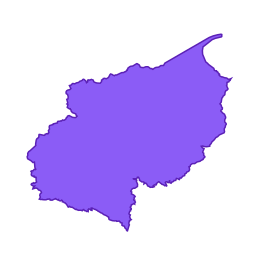 the district of Andilamena, Alaotra-Mangoro, Madagascar, rotated 96°
{"feature_id": "10022922B97539486376385", "entity_name": "Andilamena", "entity_type": "district", "adm_level": 2, "iso_a3": "MDG", "parent_name": "Madagascar", "parent_adm1": "Alaotra-Mangoro", "projection": "natural_earth1", "projection_center": [48.448, -16.737], "detail": "fine", "context": "isolated", "style": "filled", "palette": "violet", "viewbox_px": 256, "rotation_deg": 96, "n_neighbors": 0, "source": "geoboundaries", "source_scale": "gbopen_adm2", "svg_char_len": 5877}
<svg xmlns="http://www.w3.org/2000/svg" viewBox="0 0 256 256"><g transform="rotate(96 128 128)"><path d="M215.3,158.9L214.3,158.8L213.4,159.2L212.5,158.5L213.0,157.0L213.7,156.2L213.7,155.2L212.8,155.3L212.4,155.9L211.6,156.3L211.3,155.5L212.4,152.7L212.4,151.6L213.0,151.0L213.1,150.1L214.0,148.9L213.9,148.6L215.2,146.1L215.4,145.0L216.6,143.2L217.5,140.2L218.3,139.0L218.6,138.0L220.7,137.4L221.1,136.9L221.8,133.9L221.8,131.5L221.5,130.0L222.0,129.5L221.5,127.0L222.1,126.1L222.9,125.8L223.1,124.0L225.3,123.9L225.8,123.0L226.1,121.3L227.7,120.6L229.0,118.9L229.8,118.8L230.3,118.0L231.0,117.9L225.0,116.8L224.2,116.5L223.3,117.1L221.4,117.2L220.8,116.7L220.0,116.9L218.8,115.2L218.2,116.0L216.2,117.1L214.2,116.6L213.9,117.5L213.2,118.1L210.7,117.6L210.0,116.7L208.9,117.0L208.5,116.3L207.5,116.4L207.0,117.4L206.4,117.5L205.5,116.8L203.9,116.6L203.6,115.5L202.5,114.4L203.0,113.4L202.2,113.5L200.9,112.9L199.7,113.8L199.1,113.7L199.0,114.8L198.6,114.9L197.2,114.4L196.2,114.7L195.9,114.5L195.8,113.9L195.3,113.7L194.0,115.4L193.2,117.7L191.2,117.6L190.8,118.6L190.5,118.7L188.0,117.4L187.3,116.1L187.2,114.9L185.2,112.5L182.9,112.6L180.2,114.1L179.0,113.8L178.6,114.6L178.2,117.2L177.9,117.3L177.6,114.4L176.9,113.7L176.0,113.5L175.9,112.4L178.0,111.1L178.8,111.1L180.2,108.5L180.0,107.2L180.4,106.2L181.9,106.3L181.0,105.2L181.0,104.4L181.7,103.8L182.0,103.2L183.5,102.5L184.0,100.8L184.7,99.7L184.4,98.5L184.4,97.3L183.6,95.7L183.3,96.0L183.2,97.0L182.9,97.0L181.8,95.8L181.9,94.9L181.6,94.0L181.2,93.8L180.5,94.1L178.2,91.9L178.3,91.4L179.6,89.8L179.9,88.9L180.5,88.4L180.7,86.8L181.6,85.4L181.2,84.8L181.7,83.7L181.4,83.4L181.0,83.6L178.2,85.2L177.6,84.6L177.4,83.6L178.1,82.8L178.1,82.1L177.3,81.5L176.2,81.3L176.1,81.0L178.0,80.7L178.4,79.4L177.2,78.8L177.0,78.1L176.2,77.0L175.4,76.8L175.2,75.1L173.1,74.6L173.3,73.7L173.1,73.0L173.7,72.4L173.9,71.5L172.2,71.0L172.2,69.8L170.2,68.5L169.4,66.7L167.8,66.7L166.9,65.4L165.6,64.9L165.2,63.9L164.4,62.9L163.1,62.4L161.3,62.8L160.2,63.3L159.7,62.2L158.1,61.9L156.7,60.3L156.4,57.9L154.5,55.7L153.6,52.9L152.9,52.3L151.4,50.0L150.5,49.9L149.1,48.6L148.3,48.6L147.4,49.8L145.1,50.1L144.6,51.1L144.1,51.2L140.6,50.2L140.0,51.9L138.5,53.2L138.1,52.0L138.5,49.7L138.4,47.8L137.6,44.8L136.4,44.9L134.8,43.7L133.1,43.1L130.7,41.0L128.3,39.6L127.3,38.0L125.3,36.4L122.7,31.9L121.5,31.6L119.9,32.1L118.3,32.1L117.0,31.4L115.1,31.3L114.2,30.7L113.2,30.9L112.0,32.3L110.9,32.6L109.4,32.6L108.0,32.0L107.0,32.0L104.2,33.5L103.0,35.7L102.3,36.3L101.6,37.4L100.7,37.5L100.0,36.6L99.5,36.2L98.1,36.2L97.4,37.0L95.4,37.8L94.4,39.1L92.6,38.0L88.5,37.8L87.8,37.2L86.5,36.8L84.8,35.2L82.4,35.2L80.7,34.6L80.0,33.4L78.7,32.6L75.8,34.3L75.4,34.4L75.1,34.1L72.3,34.3L71.5,32.5L70.3,32.2L70.0,31.4L69.2,31.3L68.1,30.7L68.8,31.9L69.0,33.5L68.0,35.0L67.9,37.2L67.3,39.5L67.4,40.2L66.6,42.1L65.7,43.0L65.3,42.5L64.9,42.6L63.7,44.2L62.8,44.7L62.6,45.7L61.8,46.0L62.0,46.8L61.6,48.1L59.7,48.9L56.3,54.7L55.5,55.4L54.1,57.6L46.9,61.5L43.3,62.1L39.5,61.9L31.3,53.5L29.7,50.5L27.6,44.6L27.2,44.3L25.2,44.5L25.0,45.3L25.9,48.6L27.5,52.9L29.5,56.7L59.6,98.1L62.1,99.2L62.5,101.9L64.3,103.9L64.8,106.5L65.6,107.9L67.1,109.4L67.0,109.9L66.4,110.4L66.5,112.2L65.9,112.8L65.0,114.5L65.2,116.6L66.4,119.1L66.3,121.5L66.1,122.2L64.2,123.3L63.1,125.5L63.1,126.1L65.9,129.8L66.3,131.7L66.8,132.6L68.4,134.3L69.6,134.5L69.9,135.0L70.6,134.8L71.0,135.1L71.2,135.6L72.2,136.2L72.4,137.0L73.3,138.2L73.6,140.1L76.5,144.9L76.6,146.2L77.4,147.0L77.0,148.4L76.4,149.4L76.1,151.0L77.0,151.6L79.4,152.5L80.5,153.5L81.3,154.8L81.0,156.5L81.4,157.8L82.1,157.9L83.1,159.3L84.7,159.2L86.4,160.4L86.5,163.8L86.0,166.1L85.5,166.9L84.0,167.6L83.5,169.5L84.3,171.0L84.3,172.7L84.8,173.1L86.3,172.9L87.3,174.0L85.8,174.7L84.3,176.8L84.2,177.5L84.5,178.0L85.5,178.6L86.3,180.1L86.4,180.6L87.9,182.0L88.5,184.0L89.6,185.5L89.5,187.6L90.1,188.3L91.3,189.1L91.9,190.7L94.8,188.9L96.0,190.0L96.5,191.7L97.4,192.9L98.3,193.3L99.5,193.3L100.3,193.0L101.0,191.6L103.3,190.7L105.4,190.8L105.9,191.9L109.1,190.6L109.8,190.6L110.5,191.3L111.1,190.2L113.9,190.6L115.1,188.3L114.9,187.5L115.4,187.4L116.1,186.5L117.1,186.3L118.5,184.9L119.4,181.5L121.0,180.7L121.5,179.9L123.0,181.0L123.2,181.7L123.2,184.3L121.8,187.8L122.1,188.8L122.7,189.5L123.8,189.8L124.4,190.5L125.3,190.6L126.8,192.0L127.1,192.6L126.8,193.8L128.0,195.0L127.9,195.6L128.3,196.2L128.7,198.4L129.4,198.8L130.3,198.7L131.7,202.8L132.3,202.8L133.8,206.2L135.1,206.5L137.3,206.0L138.9,206.9L140.9,206.2L142.1,206.9L142.2,207.4L141.9,207.6L142.4,208.9L143.0,209.5L143.0,209.8L143.6,209.9L144.1,210.6L143.6,215.2L143.8,215.8L146.6,215.8L148.4,217.6L149.6,218.0L153.6,218.2L155.1,217.9L160.8,223.0L161.9,224.3L163.7,225.1L165.6,224.8L167.2,225.3L169.1,224.6L170.7,221.0L172.3,218.9L171.7,217.5L176.9,216.5L178.7,215.4L179.0,215.6L178.9,216.9L180.6,218.1L180.5,218.9L181.2,220.0L182.4,219.1L184.2,219.4L185.4,218.9L185.7,217.9L185.7,216.1L186.0,215.9L186.4,216.4L186.9,215.0L186.6,214.4L186.8,214.2L189.7,213.9L191.3,213.3L192.7,215.2L192.3,216.0L192.9,216.4L192.9,217.3L193.5,218.1L194.2,218.4L194.7,218.1L195.7,216.1L195.5,214.8L197.4,216.1L198.5,216.3L197.4,213.7L197.4,212.6L197.7,211.7L199.0,210.5L199.2,209.1L200.1,207.8L201.4,207.3L202.6,208.4L203.8,208.7L204.4,208.7L205.9,207.9L208.0,208.8L208.3,207.1L207.9,205.9L208.2,205.4L208.1,203.1L207.9,201.8L207.2,200.8L207.3,200.3L206.8,198.9L207.1,198.0L207.7,198.0L207.8,197.6L207.7,195.9L205.8,192.6L206.3,192.3L206.3,191.8L206.9,190.5L206.5,189.8L206.9,189.8L207.5,188.3L207.5,187.4L206.7,186.4L207.1,185.7L208.3,185.5L208.2,184.6L209.0,183.5L209.0,182.8L210.4,181.1L212.9,179.2L212.8,178.6L212.2,178.4L212.0,178.0L212.7,176.7L212.7,175.0L214.5,171.7L214.2,170.6L214.7,170.2L215.0,168.5L214.7,165.9L215.1,164.9L213.8,164.0L213.7,163.5L214.3,163.1L214.8,162.2L214.7,161.6L215.4,160.2L215.0,159.5L215.3,158.9Z" fill="#8b5cf6" stroke="#5b21b6" stroke-width="1.5"/></g></svg>